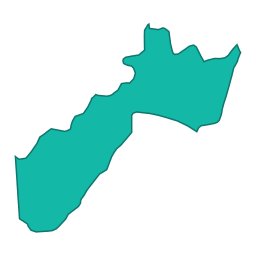 Al Idia, North Kordufan, Sudan (Natural Earth projection)
{"feature_id": "16777658B26107376384565", "entity_name": "Al Idia", "entity_type": "district", "adm_level": 2, "iso_a3": "SDN", "parent_name": "Sudan", "parent_adm1": "North Kordufan", "projection": "natural_earth1", "projection_center": [27.878, 11.926], "detail": "fine", "context": "isolated", "style": "filled", "palette": "teal", "viewbox_px": 256, "rotation_deg": 0, "n_neighbors": 0, "source": "geoboundaries", "source_scale": "gbopen_adm2", "svg_char_len": 2154}
<svg xmlns="http://www.w3.org/2000/svg" viewBox="0 0 256 256"><path d="M19.6,218.7L19.6,218.8L27.4,223.9L28.3,226.4L31.0,230.2L36.2,231.9L41.7,231.5L48.1,231.1L52.3,230.6L56.4,228.7L59.4,225.8L65.7,219.0L68.2,214.3L70.4,212.6L78.4,206.5L80.4,203.4L80.7,200.5L81.2,199.2L83.7,195.8L87.1,190.0L88.4,188.2L89.1,187.3L92.9,182.5L99.4,174.1L106.7,169.7L111.6,156.8L113.8,152.9L116.7,148.7L121.1,144.9L131.7,132.4L131.7,115.4L133.2,113.1L136.6,112.0L149.5,113.4L153.4,114.2L158.1,115.2L162.9,116.5L177.4,120.9L187.9,126.0L196.8,131.7L198.8,127.4L201.5,125.6L204.0,125.3L207.6,124.7L214.4,123.4L217.4,122.2L219.3,120.2L221.5,113.9L222.2,109.2L223.9,103.0L226.0,96.6L228.4,88.2L229.3,84.9L230.6,80.0L231.6,76.5L233.5,68.8L233.8,67.6L235.1,65.6L237.4,61.4L238.2,58.4L240.6,52.3L239.7,51.3L237.0,44.7L233.4,48.6L230.8,51.9L228.2,55.5L225.0,57.7L224.7,57.9L220.2,58.6L214.4,58.5L207.3,60.3L204.0,61.7L200.9,56.2L196.3,47.0L193.8,45.2L192.4,45.3L190.9,45.8L189.3,46.3L189.2,46.3L185.1,49.3L180.8,52.2L178.6,53.8L178.3,54.0L174.9,54.4L173.2,53.5L172.1,50.4L170.5,43.7L169.6,36.8L169.0,32.0L168.6,31.3L168.0,30.9L165.3,28.8L164.2,28.3L162.9,27.9L158.6,29.6L154.4,29.1L149.4,28.4L148.9,24.1L147.9,24.8L144.6,30.2L144.4,35.8L144.5,44.7L144.6,50.1L138.8,55.0L130.7,56.3L125.6,57.3L123.3,59.1L123.0,60.8L123.5,63.2L125.0,64.2L127.8,65.3L131.6,66.1L133.6,68.2L135.4,73.2L133.7,78.9L129.6,83.0L126.3,82.9L121.5,83.6L118.0,90.1L114.2,92.9L111.9,94.8L109.3,95.8L106.7,96.2L104.4,96.0L101.2,95.7L98.0,95.4L95.8,94.6L93.2,97.3L91.7,98.3L91.5,98.8L91.3,99.9L91.1,100.4L89.3,104.1L87.8,107.1L83.4,113.5L78.9,115.1L75.2,116.4L72.5,121.0L71.2,125.0L70.5,129.0L67.2,130.8L64.6,131.4L51.2,128.8L46.8,132.0L44.4,134.0L39.8,137.1L36.9,143.6L31.2,151.8L26.0,158.2L19.1,159.3L15.6,156.8L15.5,156.7L15.4,156.6L15.4,156.9L15.5,157.2L15.5,157.3L15.6,159.6L16.0,165.2L16.1,167.2L16.2,167.5L16.2,168.3L16.4,170.9L16.4,171.4L16.7,175.7L16.8,176.7L17.2,183.4L17.2,184.0L17.7,190.6L18.1,197.6L18.4,201.6L18.7,206.0L18.9,209.0L19.0,209.9L19.0,211.1L19.1,211.3L19.1,212.2L19.2,212.7L19.3,214.7L19.3,215.5L19.4,216.7L19.5,218.5L19.6,218.7Z" fill="#14b8a6" stroke="#0f766e" stroke-width="1.5"/></svg>